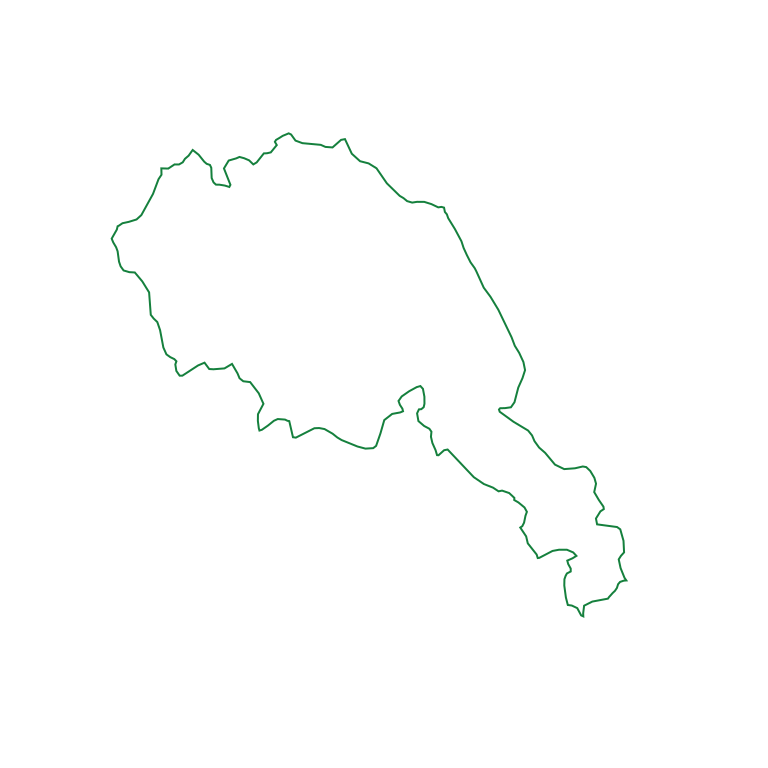 map outline of Austria (orthographic projection), rotated 232°
{"feature_id": "AUT", "entity_name": "Austria", "entity_type": "country or territory", "adm_level": 0, "iso_a3": "AUT", "parent_name": "Europe", "parent_adm1": "", "projection": "orthographic", "projection_center": [13.446, 47.7], "detail": "fine", "context": "isolated", "style": "outline", "palette": "green", "viewbox_px": 768, "rotation_deg": 232, "n_neighbors": 0, "source": "natural_earth", "source_scale": "50m", "svg_char_len": 3409}
<svg xmlns="http://www.w3.org/2000/svg" viewBox="0 0 768 768"><g transform="rotate(232 384 384)"><path d="M77.0,428.3L84.3,414.2L86.1,405.2L80.6,399.7L78.2,398.0L80.3,396.9L88.4,398.3L93.8,395.6L96.7,392.8L103.8,395.9L114.2,402.0L119.1,406.0L121.0,409.0L122.1,411.5L121.3,415.7L123.6,417.5L128.7,418.3L132.0,419.7L130.6,425.2L130.1,429.8L134.8,429.4L140.8,426.1L145.6,420.0L148.7,414.0L151.4,399.3L152.2,398.0L155.6,399.3L169.9,399.2L176.4,402.2L187.0,403.0L186.8,405.4L188.5,409.0L193.1,414.4L195.3,417.9L200.2,418.7L207.9,417.0L212.4,415.2L214.0,416.6L221.0,415.5L227.3,411.4L228.9,408.2L235.2,406.1L243.7,401.1L255.3,397.4L293.2,393.8L294.8,390.6L294.3,383.1L295.3,382.0L300.1,383.9L307.7,385.8L313.5,388.5L317.2,392.0L320.8,392.2L326.2,389.8L333.6,388.3L340.5,392.0L342.5,395.9L341.2,397.9L341.3,401.0L343.5,403.7L349.1,408.0L356.2,411.7L360.0,411.4L361.4,407.9L362.8,399.4L363.3,390.3L361.7,385.0L357.8,383.7L353.2,383.3L350.8,382.2L351.6,379.3L355.4,372.0L355.4,362.0L347.2,350.7L340.1,339.7L340.1,336.0L344.5,329.6L351.1,324.6L365.9,316.1L370.6,314.3L376.5,312.9L385.1,309.4L389.2,305.8L392.0,301.9L396.0,281.5L396.9,280.7L398.1,279.5L413.1,286.5L414.4,285.3L416.9,284.1L421.8,278.7L422.8,274.6L422.7,266.9L423.1,259.6L424.0,257.2L426.2,258.1L432.6,261.9L437.8,266.1L442.6,276.8L453.8,279.6L467.9,279.7L472.8,274.8L477.4,273.7L482.5,275.1L493.4,276.6L494.5,267.9L500.6,258.7L503.4,255.5L511.3,255.7L513.1,248.9L514.7,230.2L516.4,228.1L522.1,228.4L527.9,231.6L529.7,234.4L532.7,234.1L536.8,232.1L541.3,230.8L548.6,232.6L564.3,240.7L572.4,243.5L577.4,242.8L582.1,242.8L600.8,255.3L613.7,256.7L625.3,256.3L628.9,252.2L633.8,248.7L638.9,248.9L643.5,250.5L652.6,255.8L656.7,257.1L662.2,257.8L666.2,258.9L670.2,268.6L672.3,271.2L672.0,272.4L671.7,276.9L668.9,282.7L666.0,290.3L666.5,296.8L676.0,319.0L684.2,332.4L685.9,337.5L691.0,341.3L686.6,346.6L686.0,354.1L683.2,357.6L682.6,361.9L684.0,365.8L684.2,370.6L686.2,377.3L678.8,379.1L669.9,379.2L666.7,379.8L663.8,381.7L660.7,381.0L652.4,375.0L647.8,373.8L644.6,374.3L642.3,377.1L638.3,380.8L634.5,383.4L635.5,385.6L652.4,390.6L655.7,399.2L652.8,406.4L651.9,409.9L648.0,412.8L643.3,415.4L637.5,416.2L637.0,420.1L639.7,431.3L637.9,433.8L636.2,437.4L638.3,446.6L642.0,447.1L642.8,449.2L642.3,453.0L641.9,457.0L640.7,461.3L640.2,463.2L637.8,464.4L630.3,464.1L624.0,468.0L611.4,481.4L606.9,483.8L602.1,489.1L602.8,500.5L602.2,501.6L601.0,504.0L585.3,500.4L584.7,500.5L574.3,502.3L567.3,507.7L558.6,510.9L540.4,509.8L522.6,512.2L518.5,513.8L513.9,514.8L509.6,517.9L507.2,522.2L502.8,527.8L496.6,532.1L489.8,535.5L488.2,538.3L486.0,539.9L482.1,537.9L479.0,538.0L475.2,536.7L462.6,535.3L448.8,532.9L442.2,530.5L434.7,528.7L426.6,527.1L419.4,526.8L415.8,526.1L398.5,521.9L387.1,521.6L372.1,519.8L342.3,513.3L333.6,510.6L325.3,509.7L315.5,507.4L308.1,503.7L303.4,496.8L298.5,487.6L289.3,475.6L287.5,469.7L290.5,464.5L293.4,460.6L293.1,458.9L290.9,458.1L274.5,462.8L258.6,468.9L252.3,469.0L246.3,467.4L238.4,467.1L230.6,468.6L215.2,469.1L206.0,473.6L200.0,482.6L196.6,489.9L194.0,492.2L188.5,493.0L180.5,492.0L174.9,489.7L169.4,483.1L160.4,481.9L152.2,481.4L150.1,480.2L150.4,476.1L147.5,468.2L142.2,465.5L127.8,479.6L124.0,480.7L113.0,476.2L103.5,469.5L102.7,464.9L101.3,461.0L93.3,457.1L83.2,454.2L80.0,454.0L81.4,451.9L82.7,448.2L82.1,445.2L79.9,442.0L78.8,438.6L78.5,435.4L78.0,432.7L77.6,430.3L77.0,428.3Z" fill="none" stroke="#15803d" stroke-width="2"/></g></svg>